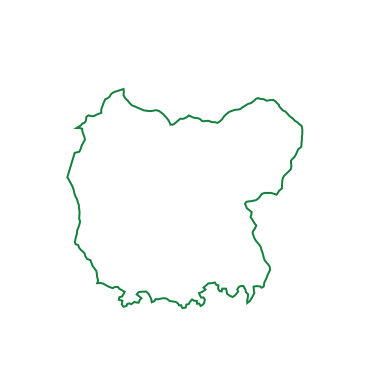 the district of Batatais, São Paulo, Brazil, rotated 154°
{"feature_id": "56859067B57164081462165", "entity_name": "Batatais", "entity_type": "district", "adm_level": 2, "iso_a3": "BRA", "parent_name": "Brazil", "parent_adm1": "São Paulo", "projection": "albers", "projection_center": [-47.578, -20.866], "detail": "fine", "context": "isolated", "style": "outline", "palette": "green", "viewbox_px": 384, "rotation_deg": 154, "n_neighbors": 0, "source": "geoboundaries", "source_scale": "gbopen_adm2", "svg_char_len": 3795}
<svg xmlns="http://www.w3.org/2000/svg" viewBox="0 0 384 384"><g transform="rotate(154 192 192)"><path d="M317.2,151.6L314.3,150.5L312.3,148.9L310.6,146.6L308.4,143.4L305.6,140.5L302.6,140.3L300.2,139.1L299.7,136.8L298.1,134.5L296.3,131.8L298.7,130.1L300.7,128.7L303.4,129.3L305.0,127.2L302.2,124.8L304.3,121.9L303.9,118.9L300.8,118.3L299.1,119.8L297.0,119.2L295.7,117.8L292.1,118.5L290.6,117.2L288.5,115.9L286.5,117.7L284.0,118.7L285.1,121.2L286.6,124.2L284.2,125.3L282.3,125.0L279.7,123.9L276.9,122.7L275.7,119.6L275.5,115.5L275.7,113.3L276.5,110.6L273.6,110.4L271.6,111.6L269.2,110.4L267.1,109.9L264.3,109.1L261.6,107.4L259.8,103.7L257.4,102.2L254.7,100.2L253.4,97.9L253.4,95.8L251.5,95.1L251.5,91.9L248.4,90.9L246.4,93.3L244.1,92.7L241.7,94.3L239.0,95.4L237.7,93.3L235.4,91.9L236.5,89.4L234.4,88.6L234.2,85.8L231.8,86.0L229.8,86.9L227.7,89.5L227.9,92.2L230.0,93.0L230.2,95.7L230.0,98.1L226.7,97.7L222.6,98.4L223.6,101.0L221.6,101.5L217.3,102.7L214.5,101.5L211.1,100.6L210.9,98.0L209.2,96.5L210.9,93.7L210.7,90.9L208.9,89.6L207.2,91.9L203.8,90.2L204.3,87.8L205.1,85.2L203.7,82.4L201.5,79.8L198.5,80.2L194.1,82.3L194.1,84.5L192.1,85.9L189.9,86.2L187.0,85.0L186.8,80.6L187.4,78.2L186.4,75.6L188.1,72.7L190.0,70.2L191.0,68.0L187.9,68.7L185.0,70.4L180.2,73.9L179.5,76.5L178.1,80.0L175.0,79.0L172.4,77.5L171.3,75.4L169.0,75.6L166.7,78.9L163.0,81.8L160.5,84.2L158.1,86.1L155.9,87.8L155.0,90.5L155.2,93.1L156.0,96.1L156.6,98.5L156.4,101.0L155.7,103.9L155.2,106.9L155.0,109.4L154.4,112.0L154.5,114.4L155.9,120.0L156.2,122.9L155.6,128.3L154.2,130.2L151.4,131.6L148.9,133.7L149.5,136.4L150.3,144.0L148.7,145.4L147.2,147.8L149.8,153.3L149.5,158.2L147.4,159.3L145.4,158.8L143.4,158.0L138.1,156.6L134.8,157.2L131.9,158.7L130.0,159.8L126.8,159.2L124.3,157.9L121.8,156.8L118.8,154.2L117.2,152.5L115.5,153.4L113.2,154.9L109.6,155.8L107.7,159.4L105.7,162.9L104.3,164.7L102.4,166.0L98.7,167.3L95.5,168.2L93.2,169.2L91.6,171.2L90.6,173.7L89.3,176.8L87.1,177.8L84.9,178.4L82.2,180.1L79.7,182.3L77.9,183.8L73.9,184.7L72.0,188.2L70.6,190.3L69.4,192.9L67.4,195.9L65.4,199.9L64.5,203.3L66.0,206.4L66.8,208.5L68.3,210.9L69.3,214.2L71.1,217.5L72.0,220.8L72.8,223.4L74.8,225.8L75.3,228.0L76.0,230.4L75.7,232.4L76.6,234.4L77.1,236.6L78.6,239.1L81.3,240.3L84.9,241.3L86.9,244.0L89.8,245.7L91.4,247.5L93.6,247.7L96.4,246.8L100.2,246.0L102.6,246.6L105.4,246.4L107.8,246.1L109.9,245.9L112.3,245.4L115.5,246.2L117.5,247.1L120.3,247.4L123.3,247.7L126.8,247.0L129.9,246.0L133.0,244.2L135.8,243.3L138.9,243.0L141.0,244.8L143.9,246.4L145.6,248.5L148.1,249.7L150.2,250.3L151.9,251.5L152.8,254.1L154.1,255.5L156.1,256.8L158.6,258.7L161.3,262.2L164.0,261.5L167.7,261.6L170.4,263.0L173.5,262.2L177.6,261.1L179.7,260.9L181.8,261.9L181.6,266.1L182.2,269.3L183.7,274.5L186.0,279.1L188.4,281.3L193.1,282.6L194.9,283.4L199.5,286.5L204.5,292.3L205.9,294.0L207.9,296.0L209.0,299.0L209.7,302.4L210.9,305.5L211.1,309.1L209.5,311.6L208.4,314.6L218.4,316.0L221.6,315.6L224.3,313.8L226.7,313.3L229.5,313.3L231.6,311.5L237.4,306.0L238.8,302.9L243.9,303.4L246.8,303.2L249.2,304.3L251.5,306.3L254.0,305.8L255.4,303.6L256.7,302.0L258.6,301.3L260.6,301.6L262.8,300.5L267.6,300.1L265.0,298.8L263.0,297.0L263.9,294.6L264.3,291.8L264.6,288.6L265.2,286.1L267.7,284.2L271.1,281.9L272.7,279.9L275.6,277.6L280.3,278.6L297.5,260.0L297.1,252.1L297.0,249.3L297.4,245.7L298.3,242.5L298.7,239.0L298.5,236.8L298.7,234.7L299.2,232.6L299.4,229.8L300.5,227.6L301.0,225.6L302.3,222.4L305.2,217.3L305.4,214.7L307.7,211.9L309.8,209.8L312.1,207.7L313.6,205.1L315.4,203.1L317.3,200.9L319.2,198.4L319.5,196.2L317.5,194.1L317.9,191.6L317.2,188.4L316.2,186.4L315.5,184.0L316.0,181.5L315.7,177.9L313.2,175.3L313.5,171.8L313.7,169.1L313.3,166.7L312.6,162.9L313.5,159.9L314.3,157.9L314.8,155.8L315.1,153.7L317.2,151.6Z" fill="none" stroke="#15803d" stroke-width="2"/></g></svg>